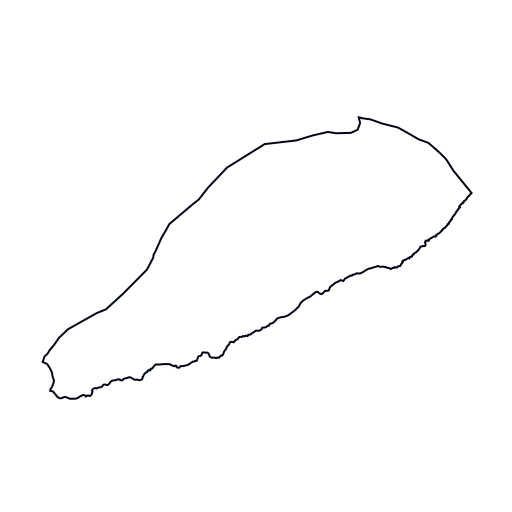 North Ambae, Penama, Vanuatu, rotated 177°
{"feature_id": "77236927B69269343415786", "entity_name": "North Ambae", "entity_type": "district", "adm_level": 2, "iso_a3": "VUT", "parent_name": "Vanuatu", "parent_adm1": "Penama", "projection": "natural_earth1", "projection_center": [167.879, -15.323], "detail": "fine", "context": "isolated", "style": "outline", "palette": "ink", "viewbox_px": 512, "rotation_deg": 177, "n_neighbors": 0, "source": "geoboundaries", "source_scale": "gbopen_adm2", "svg_char_len": 6059}
<svg xmlns="http://www.w3.org/2000/svg" viewBox="0 0 512 512"><g transform="rotate(177 256 256)"><path d="M468.6,132.2L466.7,131.7L466.0,131.3L465.3,130.7L464.5,129.6L462.8,127.3L462.2,126.2L460.8,125.0L460.1,124.6L459.5,124.3L458.9,124.2L458.3,124.1L457.7,124.2L456.0,124.8L455.5,125.1L454.3,125.2L453.4,125.1L448.8,123.0L448.2,123.2L447.4,123.1L444.0,122.9L442.4,123.2L440.7,123.9L440.1,124.4L438.3,125.4L438.0,125.4L436.2,126.2L435.4,126.2L434.4,125.8L433.3,125.2L433.1,124.6L431.4,125.6L430.7,125.5L429.2,124.8L428.0,125.8L427.5,126.3L427.1,127.3L426.9,128.0L426.3,129.0L426.8,129.7L426.9,130.1L426.3,131.2L425.7,131.7L424.8,132.2L423.9,132.4L423.1,132.5L422.3,132.1L421.8,132.1L420.3,132.9L418.4,133.0L417.6,133.1L416.9,133.5L416.0,134.3L415.7,134.8L415.1,135.3L414.8,135.5L414.3,135.6L413.0,135.5L411.6,134.9L411.1,134.9L410.7,135.0L409.7,135.7L408.7,136.9L408.0,137.8L407.0,138.6L406.0,139.0L404.9,139.2L403.7,139.2L400.5,140.0L398.6,139.9L398.1,139.5L398.0,139.1L397.8,139.0L396.2,138.8L395.7,139.0L394.7,140.1L394.2,140.4L391.2,140.9L389.1,141.6L387.8,141.3L386.4,140.6L384.1,139.0L383.3,138.7L382.1,138.7L381.2,138.8L380.7,138.7L379.5,138.1L378.9,138.1L377.9,138.2L376.5,138.8L376.0,139.3L375.7,139.7L375.6,141.1L375.0,141.6L374.4,143.0L373.9,143.7L373.4,144.2L371.8,145.5L371.6,145.7L371.2,145.6L370.8,145.8L370.3,146.6L369.8,147.4L369.2,147.2L368.7,147.2L368.3,147.9L367.4,147.6L367.1,148.6L366.9,148.9L366.8,149.0L365.7,149.0L365.2,149.4L364.3,150.6L362.7,152.2L362.0,152.7L361.5,152.9L358.2,152.7L353.1,152.9L349.9,152.6L348.7,152.6L348.1,152.4L347.6,152.4L346.6,151.6L343.6,150.2L342.1,150.8L341.7,150.7L341.3,150.2L341.0,149.0L338.9,148.4L338.4,148.6L337.9,149.1L337.0,150.0L336.1,150.0L334.4,149.8L333.6,150.0L330.0,150.8L328.3,151.5L328.0,151.9L327.1,152.3L325.4,153.4L324.6,153.8L322.8,153.9L322.3,154.3L322.0,154.6L321.3,154.3L320.9,154.4L320.4,154.9L319.3,157.8L319.0,158.4L318.5,158.8L316.4,159.3L315.8,159.6L315.0,161.6L314.4,162.3L314.0,162.6L312.2,162.2L310.7,162.2L309.4,161.9L309.0,161.6L308.5,161.0L307.7,159.2L307.6,158.5L307.3,157.8L306.7,157.4L306.1,157.1L305.3,156.8L304.5,156.7L303.2,156.7L302.4,156.6L301.2,156.1L300.3,156.6L299.7,156.6L298.9,156.3L298.1,156.5L296.7,158.1L295.9,158.5L294.8,158.3L293.5,160.6L292.8,162.3L292.0,163.5L291.2,164.1L290.4,165.5L289.9,166.7L289.4,167.4L289.0,167.8L287.4,169.3L286.8,170.8L286.4,171.4L286.1,171.5L284.7,171.5L284.0,171.4L283.0,171.0L282.3,171.5L281.4,172.5L280.5,173.2L278.6,174.1L278.0,174.7L277.4,175.6L276.8,176.0L276.0,176.1L274.3,175.9L273.6,176.5L273.1,176.7L272.5,176.7L272.1,176.4L271.5,176.4L270.6,177.0L270.0,176.9L268.7,176.5L268.0,177.1L267.9,177.7L266.2,177.8L265.5,178.0L264.1,179.2L261.7,180.3L260.4,181.3L259.7,181.5L258.1,181.2L257.4,181.2L256.1,181.4L254.3,182.5L253.7,183.5L253.4,184.2L252.4,184.2L251.5,184.1L249.8,184.4L248.4,185.4L247.2,186.0L246.7,185.8L246.3,186.3L245.9,187.3L245.5,187.6L243.6,188.0L242.6,188.3L241.3,189.4L240.1,190.2L239.4,191.2L238.1,192.5L236.7,193.0L235.0,193.3L234.3,193.6L233.2,193.6L231.8,193.7L228.6,194.4L225.2,196.1L224.2,197.0L222.2,198.2L220.1,199.7L216.7,202.6L215.8,203.4L215.4,204.1L214.0,206.7L212.9,207.5L211.5,208.9L207.8,211.0L206.4,211.7L205.0,212.1L203.5,213.0L202.5,213.8L200.9,215.0L199.1,216.1L198.1,216.9L197.0,217.2L196.2,216.9L194.3,215.1L193.4,214.8L192.5,214.6L191.9,214.8L190.8,215.7L188.8,217.6L188.1,217.7L187.5,217.5L185.8,217.5L185.1,218.0L184.3,219.6L184.1,220.4L183.2,221.6L180.6,223.2L178.3,225.0L175.0,226.3L173.0,227.4L171.9,227.3L171.2,226.8L170.2,226.5L169.5,227.1L169.0,227.9L168.1,228.8L162.6,231.5L161.4,231.3L160.5,232.1L159.0,232.4L158.1,232.7L156.8,233.3L155.6,233.4L154.5,233.1L152.6,233.2L151.5,233.8L150.3,234.1L147.6,235.8L145.4,236.8L144.7,237.2L143.7,237.5L142.4,237.6L138.8,238.6L137.9,238.7L134.7,239.7L133.9,239.1L132.0,238.7L130.9,238.6L129.7,238.8L129.0,238.5L127.8,238.1L126.8,238.2L126.1,237.6L125.2,237.2L124.1,237.1L123.3,236.8L122.3,236.1L122.1,235.9L120.5,236.7L120.0,237.0L118.9,236.9L118.7,237.3L118.2,237.6L117.6,237.6L117.0,237.1L116.7,237.2L115.7,237.2L114.5,238.4L113.4,238.3L112.5,238.5L112.0,239.2L111.7,240.1L110.6,241.0L110.3,241.4L110.3,242.3L109.8,242.2L109.3,242.7L109.4,243.1L109.5,243.7L107.2,244.5L106.8,244.4L104.0,246.1L103.0,245.6L102.2,247.1L101.6,247.2L100.7,247.0L100.2,247.5L99.9,248.6L99.1,249.4L98.4,249.3L98.1,250.0L97.6,250.5L96.8,250.9L95.5,251.7L93.0,254.0L91.8,255.7L91.4,256.4L91.3,256.7L90.8,256.9L89.4,256.9L88.5,257.3L88.0,257.1L86.8,257.1L86.4,257.6L86.1,258.5L86.1,259.4L86.2,259.9L86.5,260.6L86.5,260.9L86.1,261.3L85.8,262.4L84.6,262.1L83.5,262.9L83.0,262.2L82.5,262.4L82.6,263.1L81.5,264.0L78.8,265.4L77.9,266.0L77.3,266.3L76.3,265.9L75.8,266.0L74.8,266.8L75.0,267.5L73.4,268.5L72.6,268.9L71.7,269.3L71.0,269.8L70.3,270.6L69.0,271.6L68.8,272.2L67.9,272.6L67.8,273.4L67.3,273.5L66.1,274.3L65.6,274.4L65.2,275.0L64.8,275.5L64.4,275.7L63.5,276.6L62.9,277.8L62.2,278.0L62.0,277.9L61.7,278.1L61.7,278.7L61.4,279.5L60.3,280.4L60.0,281.2L59.5,281.5L59.4,282.2L58.4,282.7L58.2,283.5L57.6,284.7L57.0,285.3L55.4,287.0L55.0,287.7L54.5,288.2L54.0,288.9L53.6,289.9L53.1,290.1L52.6,291.1L52.0,291.4L51.6,292.3L51.1,292.5L50.5,293.6L49.9,293.8L50.1,294.1L50.5,294.6L50.0,295.3L49.5,295.8L48.2,297.2L47.7,297.4L47.3,297.9L47.0,298.5L46.7,298.7L46.4,298.2L46.2,298.2L45.8,299.0L45.8,299.4L45.5,299.8L44.3,300.5L43.0,301.7L42.0,302.9L41.5,304.0L39.9,305.0L39.0,306.3L37.7,307.2L37.4,307.6L54.3,330.7L61.0,342.6L67.2,349.5L77.8,359.9L87.6,364.1L96.6,370.0L107.6,376.9L122.6,381.5L135.1,386.6L142.2,387.9L146.1,389.1L145.1,383.2L147.9,376.8L154.8,374.0L169.7,374.4L177.6,376.1L192.7,373.5L204.1,370.7L209.6,369.3L241.5,367.3L280.2,345.9L300.1,327.0L310.2,315.4L315.9,311.4L334.2,297.5L340.9,292.4L344.8,286.1L349.4,279.2L355.9,266.4L358.1,262.8L358.8,259.6L365.6,248.1L390.7,225.3L408.6,210.6L418.3,207.2L447.6,192.7L457.1,184.5L462.0,178.1L466.7,173.1L469.4,169.2L472.3,166.9L474.6,161.4L470.2,159.0L467.8,155.0L465.8,150.1L465.6,147.1L464.2,142.0L465.5,138.2L466.5,136.0L468.0,134.2L468.6,132.2Z" fill="none" stroke="#020617" stroke-width="2"/></g></svg>